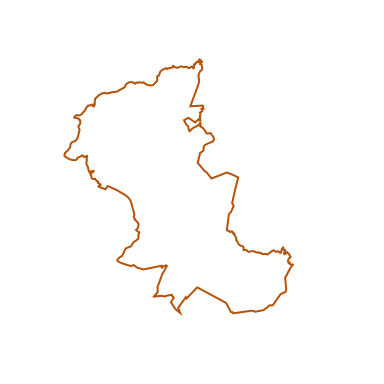 Tetipac, Guerrero, Mexico (Natural Earth projection), rotated 44°
{"feature_id": "50627088B33234056869880", "entity_name": "Tetipac", "entity_type": "district", "adm_level": 2, "iso_a3": "MEX", "parent_name": "Mexico", "parent_adm1": "Guerrero", "projection": "natural_earth1", "projection_center": [-99.695, 18.659], "detail": "fine", "context": "isolated", "style": "outline", "palette": "amber", "viewbox_px": 384, "rotation_deg": 44, "n_neighbors": 0, "source": "geoboundaries", "source_scale": "gbopen_adm2", "svg_char_len": 5970}
<svg xmlns="http://www.w3.org/2000/svg" viewBox="0 0 384 384"><g transform="rotate(44 192 192)"><path d="M55.6,216.8L55.5,217.5L55.2,218.2L55.2,218.6L55.3,219.9L55.8,220.3L57.1,219.3L58.3,218.8L58.6,218.3L59.7,218.0L60.6,218.4L60.8,218.2L61.1,218.3L61.5,218.1L62.2,218.6L62.5,218.6L64.1,220.5L64.3,221.2L64.5,223.3L65.3,224.1L66.6,224.9L67.4,225.0L68.5,226.0L68.7,226.7L68.8,227.5L69.9,228.5L72.3,233.0L72.4,234.2L72.7,235.8L71.1,239.9L71.2,240.9L71.5,242.2L72.4,243.1L73.2,244.5L73.5,245.5L73.8,248.6L73.5,251.5L73.6,252.2L74.2,252.7L74.2,253.6L74.4,254.0L75.5,254.7L76.3,254.7L81.0,253.5L83.9,252.0L86.3,249.8L86.4,248.0L85.9,247.0L86.1,246.7L86.6,244.9L87.1,244.1L87.5,241.9L88.5,242.0L88.8,242.0L89.2,241.5L89.9,241.6L90.4,241.4L90.7,241.0L91.2,239.3L91.4,239.1L92.1,239.5L92.9,241.1L93.3,241.5L93.7,241.6L96.3,245.0L97.3,245.5L100.3,246.6L101.7,247.7L103.8,248.8L104.9,249.1L105.1,247.0L105.9,246.4L106.0,245.8L106.3,245.4L106.8,245.3L106.9,246.3L106.5,248.4L106.7,249.6L107.1,250.0L108.6,250.5L109.9,251.5L110.8,251.7L112.3,251.0L113.2,249.8L115.4,250.3L117.1,249.7L117.3,249.8L117.7,250.5L118.2,250.8L119.2,250.4L120.0,250.5L120.8,250.0L121.3,250.3L121.5,250.8L120.7,252.3L120.9,253.0L122.1,252.8L127.8,250.2L127.3,246.2L129.3,245.5L136.1,243.0L147.7,240.3L150.5,240.3L154.0,240.9L166.2,248.2L167.1,250.0L168.2,250.8L169.1,250.8L170.2,251.6L173.4,251.5L175.6,252.0L177.4,254.1L177.9,255.1L178.2,256.3L178.1,258.1L180.6,258.1L182.2,257.6L183.6,260.6L185.3,262.1L185.8,263.4L184.9,269.0L185.1,271.0L185.8,272.6L185.8,273.5L183.5,278.7L186.1,286.3L185.3,289.8L185.2,291.3L185.6,292.9L186.1,293.3L189.2,292.7L194.8,290.2L199.7,287.5L200.5,285.9L200.4,285.7L201.1,285.0L205.2,284.5L210.9,281.4L221.4,266.1L222.8,267.5L223.1,267.1L223.3,265.0L224.5,262.6L225.4,262.8L227.7,271.9L230.3,277.6L233.1,284.2L236.9,287.8L237.2,293.6L238.3,292.9L238.6,291.5L240.2,290.4L240.8,289.3L241.4,289.2L241.8,288.2L242.1,288.0L242.3,287.5L243.4,287.3L244.3,286.3L245.2,285.9L245.2,285.5L245.6,284.8L245.8,284.1L247.5,282.1L247.9,281.2L248.5,280.7L248.8,280.0L250.8,280.8L251.3,280.4L252.2,280.7L253.5,286.0L261.6,287.8L267.5,287.2L262.5,285.0L260.6,271.9L262.1,272.3L262.0,257.0L293.5,248.1L303.3,251.3L304.0,251.1L304.9,250.1L306.0,250.6L317.3,236.0L319.0,234.8L320.6,234.3L325.5,227.3L326.4,222.0L326.2,220.2L328.8,217.4L326.7,204.0L328.7,198.8L327.3,196.4L318.5,189.0L317.8,185.8L316.5,181.8L315.0,175.6L315.3,174.6L314.9,174.2L314.5,174.3L313.8,175.4L312.4,175.8L311.6,175.9L311.2,174.9L310.2,175.7L309.7,175.6L308.9,174.7L307.8,172.6L308.2,170.4L308.0,170.2L304.1,169.1L303.1,169.8L302.7,169.7L302.3,169.2L301.7,169.8L302.1,172.2L301.5,172.6L300.9,172.1L299.8,170.7L299.6,169.3L298.9,169.1L297.7,169.9L296.2,168.6L296.0,169.2L296.3,170.7L297.4,172.7L298.2,173.8L297.6,174.6L296.3,174.7L295.1,174.9L294.6,175.5L294.1,176.7L291.1,177.3L290.6,179.0L289.8,183.7L289.6,184.7L288.4,185.0L286.6,187.0L285.5,187.8L284.1,187.9L283.1,188.4L282.6,189.2L281.4,189.5L280.3,190.9L278.1,191.4L276.9,192.2L275.6,193.7L274.6,195.5L273.7,195.9L272.0,195.9L271.3,196.1L270.4,197.1L269.5,197.7L269.1,197.8L268.1,196.4L266.9,195.8L265.9,195.8L264.0,196.9L262.5,197.1L260.6,196.9L259.1,196.1L257.0,195.9L256.7,195.2L255.7,194.2L252.7,193.6L251.3,192.5L250.9,193.3L250.2,193.2L248.7,192.3L248.0,192.8L247.6,193.4L247.6,194.1L247.2,194.4L246.3,194.3L243.7,195.3L234.7,183.4L233.9,181.6L234.0,179.7L231.7,173.1L228.6,172.1L221.5,160.5L215.1,149.4L208.9,151.5L203.6,153.7L196.7,168.7L188.6,167.7L186.3,168.2L182.4,167.7L175.9,167.1L170.6,158.1L171.2,156.4L171.1,155.8L171.4,154.1L169.4,152.0L168.6,149.8L169.9,145.7L171.8,141.5L171.7,140.6L171.3,138.8L169.4,137.8L168.3,137.4L165.1,136.9L164.4,136.7L164.1,137.0L163.8,137.7L163.4,137.9L163.2,138.5L161.7,139.8L161.5,139.6L159.0,139.1L158.1,138.7L155.5,138.3L154.1,138.8L152.6,139.0L152.7,138.7L152.3,138.2L151.0,137.5L149.9,136.2L149.7,136.2L150.1,137.1L150.0,137.5L150.3,137.7L150.3,138.9L150.0,139.4L150.0,139.9L149.8,140.4L149.9,140.7L149.7,141.7L149.0,143.0L148.4,144.9L148.5,145.2L148.1,146.1L148.2,148.4L147.9,150.0L145.5,148.8L143.7,147.4L141.1,147.5L136.4,145.9L137.9,141.1L145.9,139.8L146.2,135.3L147.5,135.1L147.9,134.4L147.3,134.3L146.7,133.9L146.4,133.0L145.6,132.6L144.7,131.7L144.5,130.6L142.6,129.4L142.9,128.5L142.7,128.5L143.0,127.2L142.9,126.8L143.0,126.4L142.2,125.5L142.4,124.7L141.2,125.5L141.2,124.6L140.9,123.1L140.8,122.8L140.2,122.4L139.4,122.6L131.3,131.5L121.8,110.1L120.1,107.2L116.7,104.6L116.0,103.7L115.4,103.4L113.9,99.6L114.2,98.3L114.2,96.6L111.0,94.0L110.4,93.9L109.2,94.1L108.9,94.3L108.2,93.4L107.7,93.2L108.8,92.5L109.0,91.8L108.3,91.8L108.0,91.2L107.4,90.8L107.3,90.4L107.2,90.8L106.7,91.2L105.3,91.5L105.3,92.4L106.4,94.0L106.2,94.5L105.1,94.8L104.9,95.2L105.5,97.5L105.0,97.8L104.9,98.5L105.0,98.9L106.9,101.1L107.1,101.7L107.0,102.2L106.4,102.2L106.0,102.0L106.0,101.6L105.6,101.6L105.1,101.6L104.7,101.8L104.2,103.7L104.1,104.6L103.6,105.2L101.6,105.5L100.3,106.5L99.3,108.1L97.4,108.7L96.5,109.8L95.9,111.0L95.4,112.6L94.8,113.1L93.0,114.1L91.9,114.4L91.1,114.2L90.8,114.4L91.4,116.2L89.5,118.7L88.8,120.8L88.0,120.7L87.2,121.0L86.9,121.8L86.8,122.6L86.0,124.1L85.6,126.5L85.8,128.0L86.7,130.0L87.1,130.5L87.3,131.2L86.9,132.0L86.7,132.8L86.8,133.3L88.8,135.1L89.8,136.5L89.8,137.1L89.5,137.9L89.7,138.7L89.7,142.1L88.6,143.8L86.3,145.4L84.2,146.5L81.1,146.7L80.8,146.9L80.7,147.4L80.4,148.0L78.3,149.3L77.7,149.8L77.5,150.9L76.6,151.2L76.0,151.9L76.0,152.9L75.9,153.6L73.4,154.2L72.3,154.9L70.6,156.6L69.9,159.1L69.9,160.8L70.1,161.8L70.6,162.7L70.7,163.7L70.5,164.6L68.9,169.7L68.5,171.6L66.1,174.7L64.9,176.0L64.6,176.6L64.4,177.5L63.2,178.8L62.5,180.3L60.7,180.9L60.4,181.2L58.8,183.6L58.5,184.4L58.2,185.8L57.6,187.4L57.8,188.8L57.5,191.6L57.8,192.4L60.1,195.8L60.6,195.8L61.6,197.2L61.9,198.1L61.9,198.7L61.8,198.9L60.7,199.0L59.8,198.3L59.0,199.0L57.9,201.7L57.3,201.9L57.3,204.3L58.4,207.8L58.4,211.0L58.7,212.5L58.6,213.2L57.9,215.0L55.6,216.8Z" fill="none" stroke="#b45309" stroke-width="2"/></g></svg>